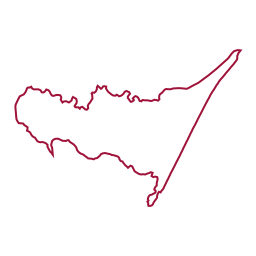 outline of Jandaíra, Bahia, Brazil
{"feature_id": "56859067B28100829711010", "entity_name": "Jandaíra", "entity_type": "district", "adm_level": 2, "iso_a3": "BRA", "parent_name": "Brazil", "parent_adm1": "Bahia", "projection": "mercator", "projection_center": [-37.598, -11.607], "detail": "fine", "context": "isolated", "style": "outline", "palette": "rose", "viewbox_px": 256, "rotation_deg": 0, "n_neighbors": 0, "source": "geoboundaries", "source_scale": "gbopen_adm2", "svg_char_len": 4349}
<svg xmlns="http://www.w3.org/2000/svg" viewBox="0 0 256 256"><path d="M28.1,87.5L26.9,88.4L26.6,89.7L25.5,92.1L23.8,94.4L21.8,95.3L19.7,96.4L18.7,98.3L18.0,99.7L17.1,101.5L16.4,103.1L15.7,104.6L15.4,106.2L15.5,108.5L16.0,114.0L16.3,117.9L16.6,119.6L17.7,121.6L18.8,123.2L21.3,123.3L23.3,123.6L24.2,125.0L25.9,126.1L27.6,127.3L27.4,129.2L27.0,130.7L28.8,131.5L30.2,132.5L30.8,133.8L31.8,135.5L33.2,136.8L35.0,137.7L36.0,139.2L37.0,140.8L38.4,141.8L40.4,142.3L41.6,142.0L43.6,142.3L45.8,143.2L47.6,144.9L47.4,146.3L48.2,148.2L49.4,150.3L50.1,151.6L51.3,152.7L52.8,154.8L52.1,147.4L51.4,146.1L51.2,144.8L51.6,143.0L52.2,140.9L53.3,139.8L55.3,138.8L57.9,138.7L59.7,139.4L61.0,140.0L62.5,140.8L64.0,140.8L65.9,141.0L67.2,140.3L68.6,140.2L69.9,142.0L71.3,142.8L72.4,143.6L73.8,144.5L74.9,145.7L76.1,147.2L76.7,148.9L77.4,150.6L79.1,152.5L81.2,153.8L83.5,154.7L85.0,156.0L86.7,157.2L88.2,158.4L90.3,158.6L92.0,158.8L93.7,159.3L95.2,158.4L97.2,158.0L98.4,157.0L100.0,155.6L101.0,154.1L102.7,153.4L104.8,153.0L106.3,153.3L108.2,153.8L109.9,154.0L111.7,155.0L113.7,155.2L115.3,155.7L118.0,156.6L119.2,158.0L119.5,159.4L120.7,161.0L122.5,161.5L123.4,162.9L125.2,165.2L126.8,166.5L128.0,167.8L129.1,166.8L130.5,165.7L132.0,166.3L132.8,167.5L133.7,169.4L134.6,171.2L135.9,172.1L137.4,173.0L138.9,173.9L141.1,174.5L143.0,174.2L145.2,174.5L146.7,173.8L149.2,173.0L150.9,172.2L152.6,172.8L152.1,174.3L151.5,176.0L153.3,177.1L155.0,176.6L157.2,177.1L157.6,178.7L157.3,180.9L156.7,183.0L156.7,185.6L155.5,186.8L154.6,188.2L154.3,189.6L155.4,190.4L155.7,191.9L154.6,193.2L153.3,193.7L151.7,194.7L150.3,194.9L149.1,195.8L148.2,197.5L147.8,199.2L148.5,200.6L147.4,201.6L148.3,203.2L148.1,204.6L148.5,205.9L150.1,205.9L151.7,205.5L152.8,204.4L153.4,203.0L154.2,201.7L155.1,200.3L156.1,199.2L157.0,197.6L157.1,196.1L157.7,193.8L159.0,191.8L160.6,192.4L161.5,190.8L162.7,189.6L163.8,187.7L164.4,186.3L165.1,184.9L165.8,183.5L166.6,181.8L167.4,180.1L168.2,178.7L168.8,177.3L169.6,175.7L170.4,174.0L171.0,172.7L171.9,171.1L172.7,169.5L173.5,168.0L174.7,165.7L175.7,163.6L176.6,161.7L177.3,160.5L178.0,159.1L178.8,157.5L179.7,155.9L180.3,154.6L181.2,152.6L182.1,151.0L183.6,147.6L184.3,146.4L185.2,144.5L186.7,141.4L187.6,139.8L188.3,138.2L189.1,136.6L189.7,135.3L191.0,132.6L191.9,130.9L192.8,128.8L194.1,126.5L195.0,124.9L196.7,121.5L198.1,118.6L199.7,115.5L201.0,113.1L202.6,109.9L204.1,107.0L205.3,104.7L206.3,102.8L207.5,100.5L208.9,98.1L210.5,94.8L212.7,91.3L213.7,89.9L215.4,87.1L216.7,84.9L217.8,83.6L218.8,81.8L220.7,79.3L222.2,77.7L223.1,76.6L224.4,75.1L225.6,73.5L226.6,72.3L228.4,70.3L230.0,68.3L231.1,66.9L232.3,65.6L233.6,64.1L235.0,62.3L236.2,60.7L237.1,59.4L237.3,57.7L237.2,56.1L238.4,53.2L240.6,50.4L237.7,50.1L234.1,51.1L231.6,53.7L229.9,56.0L228.2,58.3L223.3,62.7L218.7,66.8L216.4,68.9L212.2,72.3L208.3,75.5L204.7,78.1L198.4,82.8L192.9,85.6L190.0,87.2L187.8,88.4L186.4,88.8L184.8,88.6L181.5,88.3L178.6,88.1L176.1,88.3L173.4,88.4L171.3,89.0L170.0,89.3L168.1,89.2L166.1,89.0L164.6,89.8L163.4,91.1L162.3,92.5L161.0,93.5L159.9,94.4L159.3,95.6L159.1,97.3L159.4,99.4L157.9,100.7L156.4,100.0L154.2,99.8L152.5,100.6L151.1,101.0L149.4,100.7L147.3,100.3L144.6,100.3L142.5,100.0L141.4,101.3L139.6,100.9L138.8,99.0L138.1,97.6L136.9,96.7L135.6,96.1L134.4,96.8L132.8,98.4L133.9,100.0L132.8,101.2L131.0,101.9L129.9,100.9L129.0,99.4L127.9,98.1L127.8,96.6L128.8,95.2L130.0,93.8L129.2,92.2L127.8,91.6L126.5,91.0L124.7,91.8L123.6,93.6L122.2,95.0L121.0,95.7L119.2,96.3L117.9,95.4L116.7,94.7L115.5,95.7L113.2,95.5L111.6,94.6L110.5,93.7L109.5,92.9L108.0,91.6L107.0,90.1L106.0,88.4L106.2,86.6L104.5,86.2L103.1,86.4L102.3,87.7L101.0,88.8L99.5,87.4L97.7,85.8L96.9,87.3L96.8,89.3L95.8,91.5L94.2,92.8L92.6,92.5L91.6,93.4L92.2,95.0L92.3,96.4L92.4,98.8L91.0,100.9L90.0,102.6L88.7,103.9L87.8,105.7L88.2,108.3L86.9,109.7L85.3,109.4L83.9,108.2L82.3,106.8L80.5,107.4L79.8,108.7L78.3,107.3L76.9,107.3L75.3,107.2L74.6,106.0L75.4,104.7L76.5,103.2L76.8,101.2L76.3,99.0L74.8,98.0L73.0,97.0L72.0,98.8L71.6,100.4L70.4,101.4L68.9,102.5L67.2,101.7L65.9,101.2L63.8,101.5L62.5,102.5L61.6,101.2L60.7,99.4L61.3,98.1L61.1,96.7L60.2,95.3L58.6,95.0L56.4,94.9L54.5,95.6L53.0,95.9L51.7,95.3L50.5,93.5L49.8,91.8L48.4,90.2L46.3,89.5L45.6,90.6L44.7,91.7L43.2,92.5L41.7,92.3L40.6,90.3L38.4,89.3L35.9,89.3L33.9,89.4L32.3,88.6L31.1,86.7L29.7,87.6L28.1,87.5Z" fill="none" stroke="#9f1239" stroke-width="2"/></svg>